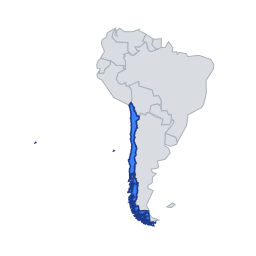 Chile on a map of South America (Mercator projection), rotated 352°
{"feature_id": "CHL", "entity_name": "Chile", "entity_type": "country or territory", "adm_level": 0, "iso_a3": "CHL", "parent_name": "South America", "parent_adm1": "", "projection": "mercator", "projection_center": [-72.304, -36.699], "detail": "fine", "context": "in_parent", "style": "filled", "palette": "blue", "viewbox_px": 256, "rotation_deg": 352, "n_neighbors": 12, "source": "natural_earth", "source_scale": "50m", "svg_char_len": 9783}
<svg xmlns="http://www.w3.org/2000/svg" viewBox="0 0 256 256"><g transform="rotate(352 128 128)"><path d="M136.7,214.7L138.9,219.8L145.7,223.4L136.7,224.2L136.7,214.7ZM164.3,138.4L162.1,150.9L165.3,153.5L166.4,158.5L160.3,164.3L152.5,164.7L152.9,170.7L151.4,171.9L145.5,172.0L145.8,175.3L149.6,177.0L145.3,180.2L144.4,185.6L140.0,187.5L139.3,190.2L144.2,193.6L135.4,207.0L137.9,213.5L128.4,212.1L124.7,201.5L127.4,197.4L130.2,184.7L127.8,176.0L131.2,163.8L130.4,157.8L133.7,150.2L131.9,141.7L134.1,133.3L137.5,128.9L137.2,122.3L139.9,120.9L142.6,114.9L147.3,117.5L148.3,115.4L151.2,115.5L156.2,120.5L163.9,124.0L161.8,129.5L169.1,130.3L173.1,125.1L174.3,129.0L164.3,138.4Z" fill="#d9dde1" stroke="#a8b0b8" stroke-width="1"/><path d="M155.3,211.5L162.0,208.4L164.0,210.3L159.8,212.9L155.3,211.5Z" fill="#d9dde1" stroke="#a8b0b8" stroke-width="1"/><path d="M164.3,138.4L173.9,143.7L175.4,145.8L173.9,150.8L167.8,152.2L162.3,149.3L164.3,138.4Z" fill="#d9dde1" stroke="#a8b0b8" stroke-width="1"/><path d="M175.0,148.9L173.9,143.7L164.3,138.4L174.3,129.0L174.3,126.7L171.8,125.6L172.7,120.9L169.9,120.7L168.9,116.3L163.5,115.6L164.6,105.1L162.7,100.2L157.9,100.1L157.1,93.7L144.8,88.0L144.9,83.4L137.6,86.6L131.8,86.5L132.0,82.7L127.7,84.1L125.1,82.6L123.2,77.7L126.0,72.0L133.5,69.5L134.7,61.6L133.2,57.4L135.2,56.3L133.7,54.4L139.4,53.6L140.6,55.9L144.4,56.8L149.9,53.2L147.6,52.5L146.2,48.5L150.6,49.3L156.5,45.7L158.4,46.1L158.4,51.8L160.8,55.4L168.4,54.2L168.4,52.4L176.1,53.4L180.1,48.2L183.5,54.4L182.5,58.9L186.9,59.3L187.0,61.8L188.9,60.2L196.2,62.6L197.0,65.5L208.6,66.0L219.6,71.7L221.8,77.2L220.8,81.4L211.9,91.8L210.4,104.3L206.2,115.2L203.5,118.0L189.3,123.3L186.2,133.9L175.0,148.9Z" fill="#d9dde1" stroke="#a8b0b8" stroke-width="1"/><path d="M134.4,86.4L144.9,83.4L144.8,88.0L157.1,93.7L157.9,100.1L162.7,100.2L164.6,105.1L163.7,109.9L160.5,108.3L153.8,109.0L151.6,116.0L148.3,115.4L147.3,117.5L142.6,114.9L138.7,117.7L137.1,108.4L134.3,103.6L136.6,90.5L134.4,86.4Z" fill="#d9dde1" stroke="#a8b0b8" stroke-width="1"/><path d="M133.5,69.5L126.0,72.0L123.2,77.7L125.1,82.6L127.7,84.1L132.0,82.7L131.8,86.5L134.4,86.4L136.6,90.5L135.8,100.7L132.3,105.6L118.1,95.9L108.7,76.8L105.0,74.2L104.6,70.6L107.4,67.3L107.0,69.9L111.5,70.2L113.6,66.3L119.3,62.7L120.4,58.9L125.5,64.5L133.1,65.6L131.5,68.1L133.5,69.5Z" fill="#d9dde1" stroke="#a8b0b8" stroke-width="1"/><path d="M141.1,55.6L139.4,53.6L133.7,54.4L135.2,56.3L133.2,57.4L134.7,61.6L133.5,69.5L131.5,68.1L133.1,65.6L125.5,64.5L120.4,58.9L114.6,57.7L110.7,54.5L115.3,49.1L113.4,40.6L114.5,37.3L119.0,34.9L120.9,30.7L129.7,27.4L124.9,35.7L128.3,41.1L139.9,43.4L138.7,51.7L141.1,55.6Z" fill="#d9dde1" stroke="#a8b0b8" stroke-width="1"/><path d="M156.5,45.7L150.6,49.3L146.2,48.5L147.6,52.5L149.9,53.2L142.4,56.9L138.7,51.7L139.9,43.4L128.3,41.1L124.9,35.7L125.9,32.4L128.3,29.4L129.9,29.0L128.0,33.9L130.1,35.7L129.7,31.0L133.4,28.0L137.8,32.1L146.1,33.3L153.6,31.7L151.5,32.4L158.9,37.7L154.8,43.8L156.5,45.7Z" fill="#d9dde1" stroke="#a8b0b8" stroke-width="1"/><path d="M167.0,54.0L162.0,55.6L159.2,54.3L158.4,46.1L154.8,43.8L158.9,37.7L165.5,43.7L163.2,48.5L167.0,54.0Z" fill="#d9dde1" stroke="#a8b0b8" stroke-width="1"/><path d="M172.1,52.9L167.0,54.0L164.3,50.4L163.2,48.5L165.5,43.7L173.5,44.3L172.1,52.9Z" fill="#d9dde1" stroke="#a8b0b8" stroke-width="1"/><path d="M119.7,59.1L119.3,62.7L113.6,66.3L111.5,70.2L107.0,69.9L108.7,65.4L105.7,64.4L105.8,61.4L107.9,56.8L111.0,55.3L119.7,59.1Z" fill="#d9dde1" stroke="#a8b0b8" stroke-width="1"/><path d="M162.9,110.5L163.5,115.6L168.9,116.3L169.9,120.7L172.7,120.9L171.4,128.1L169.1,130.3L161.8,129.5L163.9,124.0L151.6,116.0L153.8,109.0L160.5,108.3L162.9,110.5Z" fill="#d9dde1" stroke="#a8b0b8" stroke-width="1"/><path d="M132.2,105.6L133.4,105.2L133.7,104.7L133.6,103.9L134.5,103.4L134.9,104.5L135.5,104.8L135.8,107.2L137.1,108.5L136.5,109.3L136.8,109.9L136.3,110.2L136.3,111.1L137.0,111.7L136.8,112.4L137.8,113.5L138.5,117.6L140.3,117.6L140.7,118.1L139.9,120.9L137.6,121.9L136.8,122.9L137.3,123.8L136.8,124.8L137.2,126.8L136.8,127.7L137.4,129.1L136.1,129.6L135.3,131.8L134.1,133.2L133.7,135.2L133.2,135.8L133.3,138.0L133.6,138.2L133.3,138.8L132.8,138.8L132.5,140.7L131.9,141.1L131.8,142.3L132.6,143.5L132.3,143.8L133.2,146.2L133.0,147.2L133.7,147.4L133.6,150.3L133.1,150.5L132.2,153.1L131.8,153.4L132.2,154.2L132.2,155.9L130.6,157.3L130.2,158.3L130.3,161.2L131.1,163.7L130.8,164.4L129.7,165.0L129.4,167.2L128.9,167.3L129.1,168.5L128.7,169.0L129.0,169.6L128.4,171.1L128.4,173.9L128.8,175.3L127.9,176.0L127.8,177.1L127.9,178.7L128.8,179.3L128.4,179.7L129.0,181.7L128.7,183.3L130.2,183.5L130.3,183.9L130.1,184.7L128.0,184.7L128.1,185.2L129.2,185.4L129.8,186.3L129.4,187.3L128.8,187.6L129.1,188.9L128.5,189.7L129.0,191.4L128.4,192.1L128.4,193.5L127.3,194.6L126.9,196.0L127.5,197.3L126.7,198.4L126.7,199.4L125.6,200.3L125.4,201.4L124.5,201.4L124.2,202.5L124.4,204.6L125.3,207.0L126.9,206.5L127.4,206.8L127.4,209.2L127.2,210.2L128.3,211.9L133.3,212.1L137.1,213.3L135.1,212.9L134.2,214.0L131.2,215.2L130.7,219.5L130.0,219.9L127.8,218.9L127.2,217.7L128.4,217.2L128.6,217.9L128.5,218.4L128.7,218.2L128.9,217.2L130.0,216.3L130.1,215.4L129.7,215.2L127.5,216.8L126.8,218.1L125.6,217.2L126.4,215.2L127.1,215.4L127.9,214.7L129.4,214.6L126.4,214.3L125.4,216.5L124.1,215.5L125.1,215.0L125.4,214.1L124.2,214.9L123.1,214.7L123.1,213.7L122.4,212.6L123.6,213.0L124.0,212.4L125.0,212.7L126.2,211.9L126.8,212.9L126.4,213.5L126.9,213.1L126.6,212.1L127.0,211.5L126.8,210.9L125.3,209.9L126.7,211.3L124.4,212.2L123.8,211.2L122.7,210.8L123.4,210.5L123.3,209.1L121.1,208.3L120.4,206.8L121.5,206.7L121.2,205.9L121.6,205.5L122.3,206.0L122.8,207.3L123.7,207.8L124.1,206.7L124.1,206.0L123.2,207.4L122.7,206.5L122.7,206.0L123.3,206.1L121.6,204.9L122.3,204.0L123.3,204.1L122.4,203.3L122.5,202.6L123.6,202.6L122.9,201.9L123.3,200.3L122.6,202.2L122.3,201.8L122.3,198.7L123.2,198.2L122.0,198.2L121.7,196.4L124.7,197.0L124.2,196.4L123.9,195.2L123.3,196.2L122.6,196.3L121.5,195.3L121.8,194.8L122.6,195.2L122.8,194.9L122.0,194.3L122.8,193.4L122.4,192.0L121.9,192.3L120.7,191.8L120.7,190.9L119.3,191.6L119.6,192.5L118.9,191.6L120.9,189.7L120.5,188.6L122.8,188.2L122.9,187.3L123.3,186.9L123.6,187.1L123.1,189.3L122.2,189.9L123.3,189.6L123.5,188.5L123.9,188.4L123.9,189.3L123.3,191.0L123.6,191.1L124.2,188.7L123.8,188.0L123.9,187.2L125.0,186.7L125.9,187.1L124.6,186.3L124.7,185.9L126.5,184.1L126.5,183.5L125.0,182.6L125.1,181.6L125.5,181.5L125.7,180.7L125.5,179.6L126.3,178.7L126.1,177.4L126.3,176.8L126.6,176.8L126.3,176.0L126.6,175.8L127.2,176.4L127.0,175.1L126.1,174.8L127.3,173.9L127.4,173.4L126.8,174.1L125.8,173.5L125.1,174.4L123.9,174.2L124.1,173.7L123.5,173.3L123.2,171.7L124.0,168.3L124.7,167.8L125.1,165.9L124.4,163.6L124.5,162.1L124.0,161.0L124.0,159.9L124.2,159.4L125.2,159.4L125.4,157.9L126.7,155.0L126.6,154.4L127.6,152.9L128.2,150.1L129.0,148.5L128.9,146.9L129.6,145.6L128.9,139.6L129.0,138.7L129.7,138.2L129.9,136.7L129.4,134.6L130.2,133.1L131.6,127.3L131.4,125.8L132.1,124.3L131.8,122.6L132.2,119.6L131.7,118.8L132.4,117.7L133.0,114.0L132.8,109.2L132.2,105.6ZM136.7,214.8L136.6,224.1L134.5,224.1L133.9,223.5L132.0,223.9L128.5,223.0L128.7,222.3L130.5,222.3L131.2,221.8L131.5,222.5L132.4,222.7L131.1,220.9L131.0,219.9L131.6,219.7L131.5,219.3L131.9,218.8L132.3,220.4L131.6,220.4L131.9,221.0L132.8,222.0L133.9,221.7L135.1,222.8L135.6,222.2L133.3,220.9L132.8,219.9L133.0,219.2L134.8,217.9L132.4,217.8L132.1,216.6L132.9,216.0L132.3,215.2L133.4,215.5L134.7,214.1L135.3,214.8L136.7,214.8ZM123.8,179.7L122.2,179.3L122.7,178.1L123.1,174.4L124.4,174.8L124.6,175.8L124.4,176.2L124.5,176.7L123.7,177.1L124.6,178.3L123.8,179.1L123.8,179.7ZM121.8,199.3L122.0,202.9L121.7,204.1L121.3,204.1L121.0,203.0L121.4,201.9L120.8,202.3L120.5,203.5L119.3,203.3L119.4,202.6L119.8,202.7L119.9,202.1L119.5,201.6L120.5,201.3L120.1,200.8L120.8,200.1L120.9,199.2L121.8,199.3ZM133.5,224.2L137.1,224.6L137.2,224.9L136.7,225.4L137.5,225.9L138.1,227.6L136.1,226.7L136.0,225.8L135.3,225.5L134.8,226.1L135.3,226.8L134.7,226.7L133.3,225.4L133.5,224.2ZM123.9,182.9L123.2,184.1L123.8,186.4L122.9,186.7L123.0,186.2L121.6,184.3L121.9,183.6L122.9,183.3L123.2,182.5L123.9,182.9ZM124.6,217.9L126.0,218.6L127.0,218.7L127.7,219.6L127.2,220.4L126.0,221.0L125.8,220.7L126.3,219.8L125.6,219.7L125.5,220.4L125.2,220.4L124.9,219.3L123.6,218.5L124.6,217.9ZM128.2,219.9L130.7,220.9L130.7,221.5L130.4,222.0L129.5,221.4L128.3,221.7L127.7,220.6L128.2,219.9ZM140.6,225.4L139.9,226.0L139.5,225.5L138.1,225.7L137.5,224.7L140.1,224.6L140.6,225.4ZM121.8,198.7L120.9,198.8L120.1,196.5L121.1,195.9L121.8,198.7ZM120.3,198.8L119.1,199.3L119.0,198.7L119.4,197.7L119.3,196.7L119.7,196.5L120.3,198.8ZM125.7,184.7L124.7,184.7L124.6,184.2L125.0,183.2L126.3,183.8L125.7,184.7ZM121.1,210.6L121.2,211.4L121.8,211.9L121.4,213.2L121.0,213.2L120.4,211.2L121.1,210.6ZM121.4,215.2L124.1,216.5L125.4,217.7L122.5,216.5L121.4,215.2ZM122.6,187.7L121.5,187.9L122.4,186.1L122.6,187.7ZM129.6,224.3L131.2,224.6L132.2,224.3L132.5,225.2L132.0,225.5L129.6,224.3ZM120.4,199.6L119.7,200.8L119.1,201.0L119.5,200.5L119.2,199.7L120.4,199.6ZM121.1,204.9L120.0,205.6L119.5,205.4L119.9,204.1L121.0,204.5L121.1,204.9ZM121.8,209.2L121.6,209.6L120.6,209.6L119.9,210.6L120.3,209.2L121.8,209.2ZM120.4,206.1L119.6,207.0L119.6,206.0L120.4,206.1ZM124.1,184.9L123.6,184.3L123.7,183.9L124.1,184.1L124.1,184.9ZM122.9,211.6L122.3,211.7L122.0,211.0L122.9,211.6ZM120.9,195.5L120.0,195.6L120.9,195.4L120.9,195.5ZM139.8,227.3L139.9,228.2L139.3,227.9L139.8,227.3ZM123.7,181.4L123.3,181.7L122.8,181.5L122.8,181.4L123.7,181.4ZM139.5,228.4L138.7,228.6L139.5,228.4ZM142.0,225.5L141.9,225.9L141.7,225.8L142.0,225.5ZM34.6,129.6L34.2,129.7L34.4,129.4L34.6,129.6ZM111.1,148.5L110.7,148.6L110.9,148.3L111.1,148.5ZM121.5,180.6L121.2,180.7L121.3,180.4L121.5,180.6Z" fill="#3b82f6" stroke="#1e3a8a" stroke-width="1.5"/></g></svg>